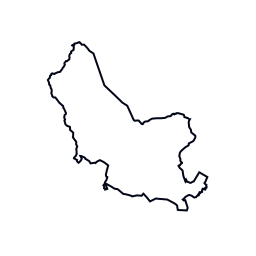 the district of Līdumnieku pag., Ciblas, Latvia, rotated 340°
{"feature_id": "27541924B2315462302714", "entity_name": "Līdumnieku pag.", "entity_type": "district", "adm_level": 2, "iso_a3": "LVA", "parent_name": "Latvia", "parent_adm1": "Ciblas", "projection": "orthographic", "projection_center": [28.057, 56.586], "detail": "fine", "context": "isolated", "style": "outline", "palette": "ink", "viewbox_px": 256, "rotation_deg": 340, "n_neighbors": 0, "source": "geoboundaries", "source_scale": "gbopen_adm2", "svg_char_len": 5615}
<svg xmlns="http://www.w3.org/2000/svg" viewBox="0 0 256 256"><g transform="rotate(340 128 128)"><path d="M72.9,109.9L74.7,113.2L74.8,113.4L74.9,113.7L73.4,117.5L73.1,117.7L73.1,118.1L73.2,118.5L74.4,122.6L74.6,122.9L74.5,123.7L74.1,124.7L73.7,125.4L73.7,125.7L73.9,127.0L73.9,127.4L74.0,127.9L74.0,128.0L73.1,129.0L72.7,129.4L72.5,129.5L72.4,129.7L72.2,130.1L71.9,131.7L71.3,133.3L71.0,134.7L70.8,135.1L70.1,135.6L69.4,136.4L68.4,136.8L67.2,137.5L67.0,137.8L67.0,138.0L66.9,138.1L69.2,140.6L68.7,141.3L69.0,142.7L69.7,143.8L72.1,142.7L73.0,142.1L74.0,141.1L73.7,138.0L74.7,138.5L76.8,140.6L77.1,140.9L77.5,141.8L77.3,142.2L80.2,145.8L80.7,148.4L85.4,149.4L85.6,149.8L87.2,149.0L90.6,148.6L93.8,152.0L96.6,156.4L95.4,158.1L93.3,161.1L91.2,164.4L91.1,165.0L91.0,166.2L91.8,167.0L90.7,168.6L89.8,169.6L88.6,170.5L88.1,170.8L88.0,171.0L87.3,171.9L86.9,172.5L85.3,173.4L85.4,173.6L85.6,174.0L85.4,175.3L84.9,176.5L85.6,177.1L85.5,178.1L87.7,178.1L87.7,173.9L88.2,172.8L88.3,172.8L92.3,177.4L94.7,180.5L97.4,182.0L101.0,188.3L102.7,189.2L105.6,191.1L108.0,192.9L108.3,193.5L108.7,193.7L113.4,194.4L117.4,196.2L117.6,196.3L119.7,195.2L119.9,194.9L120.0,194.9L122.1,200.0L122.9,202.5L123.6,204.5L130.2,203.8L132.2,204.9L134.1,205.7L140.5,208.7L146.1,215.0L146.7,215.9L147.6,217.5L147.5,218.7L147.3,219.0L146.8,222.0L148.6,222.9L149.7,223.3L155.1,225.6L156.8,223.4L157.1,215.5L155.8,215.3L155.0,214.0L157.2,213.1L158.2,212.5L158.9,212.3L161.5,211.8L162.7,211.9L163.2,212.3L164.8,213.5L165.9,215.3L166.6,216.0L167.7,216.1L168.1,216.3L169.5,215.5L169.9,215.5L170.5,215.1L171.2,215.5L171.5,215.4L171.7,215.0L171.6,214.9L171.5,214.7L172.1,214.6L172.4,214.2L172.1,213.9L172.4,213.7L172.6,213.6L172.9,213.3L173.1,213.3L173.4,212.8L173.6,212.9L173.5,213.6L173.7,213.8L174.3,213.3L174.7,213.2L174.8,213.2L175.2,213.4L175.4,213.5L175.8,213.4L175.9,213.2L175.8,212.6L176.5,211.5L176.9,211.4L177.4,210.6L177.7,210.6L178.0,210.9L178.1,211.2L178.2,211.4L178.6,211.4L178.8,211.5L179.1,211.9L179.2,212.2L179.3,212.3L179.7,212.2L179.8,212.1L179.9,211.8L179.8,211.5L179.7,211.5L179.7,211.4L179.7,211.2L179.9,210.8L180.2,210.6L180.7,210.7L180.8,210.9L180.9,211.0L181.4,210.9L181.5,210.8L181.6,210.5L181.5,210.3L181.8,209.7L181.7,209.3L181.9,209.1L182.0,208.6L182.2,208.2L181.8,207.7L181.5,207.3L181.0,206.1L181.0,205.9L182.2,205.1L185.8,201.2L179.8,194.0L171.5,200.7L170.5,200.6L168.4,201.0L168.0,200.9L167.5,200.7L166.7,199.8L166.0,199.4L165.3,198.6L165.1,198.0L164.9,196.4L164.7,196.6L164.2,197.8L164.3,198.0L164.0,198.3L163.7,198.4L163.7,197.8L163.6,196.5L163.7,195.0L163.6,194.3L163.6,192.6L163.7,191.7L163.8,191.3L164.1,189.5L164.3,189.0L164.3,188.4L164.6,187.2L164.7,186.5L164.6,186.3L164.3,185.7L163.0,183.3L162.7,181.9L162.5,180.9L162.6,180.7L164.3,180.6L164.6,180.5L165.3,179.7L166.3,179.6L166.7,179.5L166.8,179.3L166.9,179.0L166.8,178.8L166.1,177.5L166.0,176.5L166.1,176.3L166.4,175.6L166.6,175.2L166.6,171.7L166.9,171.3L167.4,170.8L167.5,170.6L167.7,170.0L168.0,169.4L169.3,168.2L169.6,168.0L175.0,165.8L175.8,165.6L178.2,165.2L178.8,165.1L179.3,164.7L179.5,164.3L179.5,163.9L179.6,163.7L179.9,163.3L180.1,163.2L183.3,162.9L185.1,162.5L186.1,161.7L187.9,160.0L188.4,159.0L188.6,158.6L188.6,158.3L188.5,157.9L188.2,157.6L186.9,155.4L186.1,154.0L185.9,153.6L186.0,153.2L186.3,152.2L186.5,151.3L185.8,148.0L185.9,147.4L186.4,145.9L186.6,144.6L187.1,143.2L187.8,142.1L189.1,141.0L188.8,140.9L188.3,140.3L187.4,138.9L186.6,138.6L186.1,137.9L185.8,137.7L185.1,137.4L184.7,137.0L184.7,136.9L185.0,135.4L185.0,134.9L184.8,134.5L181.7,132.3L181.4,132.1L180.7,131.4L180.3,131.4L179.3,130.9L179.0,130.9L178.8,130.7L178.3,130.7L178.0,130.8L177.9,131.0L177.3,131.0L176.8,130.7L176.2,131.0L175.9,130.6L175.5,130.5L175.4,130.3L175.5,130.2L175.2,130.1L174.8,130.1L174.4,130.1L174.1,130.3L173.9,130.5L173.3,130.6L173.0,131.0L172.1,131.4L170.6,131.0L169.2,130.7L168.1,130.9L167.2,131.1L166.0,131.1L164.6,130.7L161.6,129.9L160.5,129.5L159.5,129.0L157.8,128.5L156.5,128.2L155.3,127.8L155.0,127.7L153.9,127.5L151.0,127.8L150.2,128.2L149.4,128.5L148.3,128.3L146.4,127.8L145.7,127.9L144.9,128.1L144.6,128.3L143.4,129.3L143.1,129.4L142.6,128.8L142.2,128.8L141.4,126.7L141.1,126.2L141.0,125.6L140.6,124.7L139.9,124.3L137.8,123.7L136.8,123.5L136.6,123.0L136.2,122.7L136.1,122.1L134.9,106.8L131.4,102.2L127.7,94.5L120.4,79.9L120.5,73.5L121.0,46.1L118.2,42.4L117.1,38.9L115.4,34.9L115.1,34.6L113.0,33.9L112.7,32.6L112.1,31.8L112.0,31.0L111.8,30.7L111.5,30.6L109.4,30.8L106.5,30.4L106.4,30.4L105.8,31.6L104.3,31.0L103.6,31.0L103.8,31.1L103.7,31.2L104.7,32.3L104.8,32.8L104.6,34.0L103.8,35.3L103.7,35.9L103.4,36.0L100.9,36.6L100.6,36.8L100.5,37.0L100.4,37.4L100.3,38.1L100.1,38.2L99.1,38.4L98.7,38.6L98.2,39.1L97.2,40.7L97.2,41.8L96.3,43.4L93.5,44.3L92.7,43.9L90.5,45.2L90.2,46.0L90.3,46.6L90.3,46.9L90.2,47.0L89.1,48.0L88.7,48.4L88.4,48.6L87.5,49.0L86.3,50.1L83.9,51.6L83.6,51.9L83.3,52.0L81.0,51.6L78.1,51.8L77.5,52.1L77.2,52.1L76.8,51.8L75.9,50.9L74.7,50.8L74.3,51.1L74.1,51.9L73.9,52.1L72.7,52.2L72.6,52.3L71.8,54.0L71.7,54.1L71.3,54.1L69.1,55.5L69.3,58.2L69.3,58.5L68.9,59.7L68.8,60.3L69.4,61.1L69.5,61.3L69.3,62.6L69.1,63.8L69.1,64.1L69.2,64.7L69.4,65.6L69.2,66.4L68.6,68.1L68.2,68.4L67.8,69.2L67.8,69.7L67.9,71.8L67.7,72.3L67.8,72.6L68.5,73.8L68.8,74.0L69.6,74.2L70.2,74.5L71.5,78.7L72.1,80.7L74.0,84.3L74.5,85.0L74.4,85.9L74.4,86.3L74.1,87.0L74.5,88.0L74.8,92.8L74.6,93.2L74.0,93.9L73.1,94.0L72.9,94.1L71.7,96.2L71.6,96.3L71.7,97.9L71.8,98.3L71.7,98.7L71.1,99.0L70.8,99.3L70.6,101.9L70.5,103.0L70.6,103.5L71.7,105.4L72.4,105.9L73.6,106.8L73.8,107.1L73.5,108.3L73.1,109.5L72.9,109.7L72.9,109.9Z" fill="none" stroke="#020617" stroke-width="2"/></g></svg>